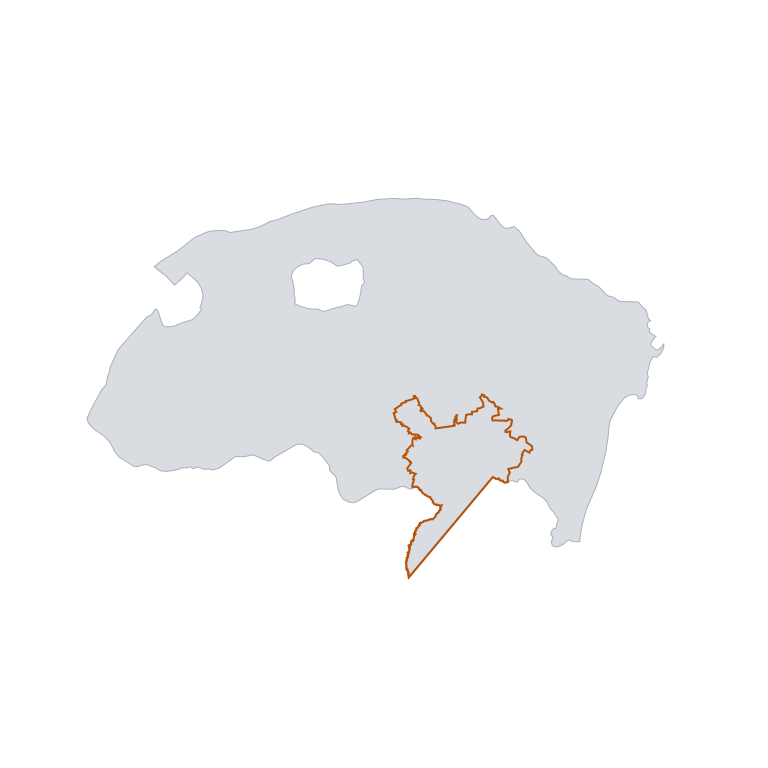 Z F Mgcawu, Northern Cape, South Africa shown in context, rotated 220°
{"feature_id": "47623444B49450251729649", "entity_name": "Z F Mgcawu", "entity_type": "district", "adm_level": 2, "iso_a3": "ZAF", "parent_name": "South Africa", "parent_adm1": "Northern Cape", "projection": "robinson", "projection_center": [20.762, -27.405], "detail": "fine", "context": "in_parent", "style": "outline", "palette": "amber", "viewbox_px": 768, "rotation_deg": 220, "n_neighbors": 0, "source": "geoboundaries", "source_scale": "gbopen_adm2", "svg_char_len": 9757}
<svg xmlns="http://www.w3.org/2000/svg" viewBox="0 0 768 768"><g transform="rotate(220 384 384)"><path d="M522.9,160.2L539.5,157.8L546.9,159.1L555.7,163.0L564.0,164.3L578.1,163.0L583.0,163.6L586.8,164.9L589.6,166.9L593.4,182.1L596.6,198.4L596.4,203.6L596.9,205.6L600.8,212.5L602.2,216.8L604.4,220.3L609.3,237.6L609.8,240.6L608.8,282.6L606.7,287.6L607.4,294.2L605.0,295.1L591.2,286.7L588.8,287.0L584.8,290.1L581.0,295.0L579.2,299.2L571.9,310.5L571.3,317.7L571.7,323.8L574.0,324.1L575.6,328.5L579.3,335.5L585.6,340.1L591.5,342.1L599.9,342.6L606.5,342.5L606.2,337.7L608.0,325.0L619.0,326.6L635.3,326.1L633.9,334.4L627.6,353.3L623.2,374.5L618.1,385.2L615.2,389.6L607.2,397.4L603.0,400.0L599.5,400.9L585.6,416.6L580.4,424.3L575.7,435.4L571.1,441.5L564.2,454.4L552.3,473.6L542.4,486.2L538.0,489.9L535.1,491.5L527.3,498.9L516.3,510.6L507.8,521.0L495.3,532.9L488.1,538.0L477.2,548.2L474.3,549.7L462.1,559.2L453.4,564.9L439.4,571.6L433.8,573.5L420.7,571.8L415.2,572.7L410.5,576.7L410.0,582.5L408.1,583.4L396.0,580.7L391.0,581.1L388.1,584.2L385.7,588.1L378.8,588.3L366.5,584.3L352.0,581.8L348.6,581.6L341.6,584.6L339.1,585.0L328.9,584.3L323.2,582.5L317.7,582.4L313.6,584.0L308.5,584.6L294.8,595.4L287.8,595.4L281.7,596.7L271.0,595.2L267.7,595.9L264.5,597.8L257.2,598.7L254.4,600.3L242.0,610.2L236.9,609.2L230.5,609.1L223.2,603.8L220.5,604.1L221.2,602.5L221.4,599.7L218.8,596.8L216.0,597.0L214.4,594.6L210.1,594.4L206.5,595.1L205.7,586.0L204.0,585.0L199.6,584.9L197.5,585.2L196.5,586.0L195.4,588.1L195.4,594.5L193.9,592.7L192.1,588.8L191.5,584.7L192.1,579.9L195.4,578.1L194.4,572.0L189.2,561.4L186.0,559.1L183.5,553.7L181.0,551.7L180.0,548.0L177.5,544.9L176.7,540.1L178.0,537.4L180.1,535.9L182.2,538.2L184.9,537.3L188.6,533.8L190.8,528.6L190.9,520.1L190.3,514.9L187.2,501.3L185.7,498.2L178.9,488.4L170.9,475.4L160.7,454.8L155.7,442.5L148.2,417.6L141.7,403.4L133.7,390.3L132.7,389.4L133.9,387.8L138.1,384.8L140.0,384.0L141.0,384.3L142.0,383.5L143.0,381.4L143.6,376.8L145.6,371.9L147.3,369.8L151.1,368.4L153.9,370.3L155.1,372.1L155.6,374.4L156.9,375.6L158.9,375.5L160.4,377.0L161.2,380.0L161.1,382.1L159.9,383.5L160.1,385.3L161.6,387.5L163.2,392.3L170.9,394.8L175.2,395.1L179.3,396.4L183.2,398.5L189.5,399.0L198.3,397.9L205.6,398.4L211.3,400.5L215.4,400.9L218.0,399.6L219.1,397.7L218.7,395.2L220.0,393.6L222.9,392.9L225.2,391.0L226.9,387.9L230.9,385.4L237.2,383.4L240.3,383.5L240.1,251.9L251.3,261.0L254.0,265.2L259.5,277.5L265.1,292.7L266.0,300.0L265.8,301.6L260.0,311.6L259.8,316.5L260.5,322.3L261.8,325.2L263.5,326.1L267.5,324.7L273.6,326.2L285.4,325.5L291.2,326.3L292.7,325.8L294.0,324.6L295.6,321.1L297.0,320.0L302.4,318.5L304.9,316.5L308.8,309.6L320.4,300.5L321.8,298.3L329.2,276.3L331.4,273.2L334.7,271.1L341.1,269.5L344.9,270.4L349.0,272.3L353.5,275.5L360.3,281.4L362.7,282.3L369.5,282.6L373.7,286.5L386.5,289.2L390.2,289.1L394.2,286.9L400.8,287.0L407.9,285.5L412.3,281.6L420.8,257.6L421.7,252.3L422.7,250.9L429.4,248.2L437.6,246.1L439.3,245.0L444.5,238.3L451.3,232.8L456.1,213.6L459.2,209.0L461.1,207.1L462.3,207.1L464.1,205.9L466.3,203.5L469.0,202.1L472.0,201.5L474.1,200.0L475.0,197.4L476.6,196.1L478.8,196.2L480.1,195.4L480.5,193.7L485.5,189.5L485.7,187.9L488.6,183.8L494.3,177.4L499.6,173.8L504.6,173.1L513.8,169.8L517.2,166.7L519.3,162.5L522.9,160.2ZM503.0,443.5L511.2,440.3L517.2,436.0L518.7,428.2L523.4,423.4L525.2,418.9L526.6,412.8L524.0,406.3L520.3,404.4L513.6,398.9L510.7,395.1L506.6,391.9L503.8,388.1L499.1,389.4L491.7,392.4L487.1,395.2L483.3,398.6L476.4,401.0L469.9,411.6L467.8,413.9L462.7,421.7L455.4,425.5L455.2,426.9L457.5,433.2L460.8,439.5L464.2,444.6L463.9,447.8L465.1,450.2L468.2,451.9L473.3,458.3L475.9,460.4L483.9,461.9L485.1,461.5L487.3,457.7L487.7,455.0L493.2,446.7L495.6,444.2L503.0,443.5Z" fill="#d9dde1" stroke="#a8b0b8" stroke-width="1"/><path d="M350.2,363.0L349.4,363.7L346.0,365.7L345.2,364.3L343.5,365.2L343.1,363.8L341.7,365.0L340.6,365.4L339.2,365.7L335.9,366.0L335.5,363.3L334.2,363.1L333.8,363.4L333.2,362.2L332.2,363.7L331.3,363.6L330.4,363.3L328.3,364.7L327.2,365.7L325.5,366.8L324.8,366.9L322.5,366.8L321.6,366.9L321.8,366.2L321.5,365.2L324.1,364.8L323.8,363.6L326.0,363.4L324.5,362.0L325.7,361.8L327.0,361.3L326.4,359.9L325.4,358.4L323.4,356.1L322.6,355.4L323.4,355.4L323.7,353.4L324.0,347.9L322.4,347.7L322.5,345.5L322.8,344.0L321.7,344.0L322.0,342.8L322.6,342.4L322.7,341.6L323.0,341.1L321.9,340.0L321.0,340.9L318.5,341.4L316.6,341.5L314.1,341.5L314.2,341.0L312.4,340.9L312.0,334.3L309.7,333.0L309.0,334.2L308.4,334.9L308.0,334.6L307.7,334.0L306.6,332.6L305.8,334.2L303.8,335.0L302.9,335.0L302.0,335.5L302.0,332.4L301.6,332.2L300.6,329.7L299.5,330.0L298.1,326.5L296.9,324.3L296.2,323.4L295.7,323.3L295.4,323.8L295.3,324.4L295.1,324.5L294.8,324.8L294.0,325.4L292.9,326.5L292.7,326.6L292.2,326.3L291.7,326.7L290.6,326.8L289.6,325.8L289.0,325.8L288.6,326.2L288.0,325.9L287.5,326.6L286.7,326.2L286.3,325.8L285.6,325.8L284.9,325.3L283.8,325.2L282.9,325.5L281.6,325.3L281.1,325.8L280.6,326.1L280.3,326.1L279.7,325.7L278.9,326.0L278.2,325.9L277.3,326.3L276.8,326.8L276.2,326.8L275.5,327.0L275.0,326.5L273.8,326.1L273.3,326.2L272.7,326.0L271.8,326.0L271.0,325.3L270.6,324.6L270.3,324.6L269.8,324.9L268.7,324.3L267.9,324.3L266.7,325.0L265.9,325.1L265.8,325.9L264.9,325.9L264.5,326.5L264.2,326.7L263.1,326.7L262.7,326.9L262.5,327.1L262.2,327.9L261.8,328.2L261.5,326.5L261.8,326.1L261.7,325.8L260.6,325.4L260.5,325.2L260.7,324.7L260.3,324.2L259.9,323.9L260.3,323.5L260.3,323.2L260.0,322.6L260.2,321.7L259.8,321.3L259.6,320.3L259.7,320.0L260.3,319.5L260.1,318.7L260.2,317.8L260.2,316.9L260.1,316.6L259.5,315.8L259.5,314.9L259.3,314.2L259.5,313.6L259.7,311.6L260.0,311.3L260.7,311.2L261.5,310.0L262.0,310.0L262.2,309.4L262.2,308.9L262.6,308.3L262.9,307.7L263.6,307.1L264.1,306.0L265.0,305.4L265.1,305.0L265.5,304.5L265.5,303.9L265.8,303.4L265.8,302.6L265.9,302.3L266.1,301.9L266.7,301.5L267.3,300.5L267.1,300.2L266.6,300.2L266.0,299.5L265.9,299.3L266.5,298.9L266.6,298.6L266.1,298.3L265.9,297.8L266.3,297.4L266.4,297.0L266.3,296.5L265.8,295.9L266.2,295.3L266.3,294.7L266.5,294.4L266.6,294.2L265.4,292.9L265.3,292.1L265.7,291.8L265.7,291.1L265.4,290.8L264.9,290.7L264.7,290.3L265.0,289.8L264.9,289.3L265.0,288.9L265.0,288.7L264.8,288.6L264.5,288.7L263.9,289.5L263.4,289.4L263.6,288.7L264.2,288.2L264.2,287.9L263.9,287.6L263.2,287.6L263.2,286.7L262.8,285.7L262.5,285.3L261.6,284.6L261.5,284.0L261.8,283.3L261.9,282.7L261.4,282.5L261.1,282.8L260.8,282.8L260.8,282.4L261.2,281.6L262.0,281.5L262.2,281.2L261.3,279.6L260.6,279.0L260.2,278.9L260.1,278.7L260.1,278.3L260.5,277.8L260.2,277.1L260.3,276.9L261.2,276.7L261.4,276.5L261.5,276.2L261.2,275.9L260.5,276.5L259.9,276.5L259.7,275.9L260.2,275.4L260.1,275.2L259.9,275.0L259.4,275.3L259.2,275.2L259.3,274.4L259.2,274.1L258.9,273.9L258.5,274.1L258.1,274.1L258.0,273.9L257.3,272.3L257.6,271.7L257.5,271.4L257.3,271.3L256.8,271.6L256.5,271.3L256.6,270.9L257.4,270.4L257.5,270.2L257.0,270.2L256.7,269.8L256.1,269.7L255.7,269.0L256.1,268.1L255.7,267.9L255.2,268.1L255.0,267.9L254.9,267.5L254.4,267.1L254.4,266.9L254.5,266.7L254.9,266.5L255.1,266.2L255.1,265.6L254.8,265.3L254.4,265.6L254.0,265.5L253.9,265.2L254.0,264.8L253.7,264.5L253.9,264.1L253.6,263.7L253.3,263.6L253.5,263.1L253.4,262.9L252.8,262.7L252.4,262.1L252.6,261.7L252.5,261.2L251.7,260.8L251.4,260.3L250.8,260.1L250.5,259.5L249.8,259.2L249.5,258.8L249.5,258.3L249.1,258.1L248.9,257.4L248.7,257.2L247.9,256.8L247.5,257.1L247.0,256.2L246.8,256.3L246.5,256.7L246.3,256.8L245.6,255.8L245.3,255.6L244.4,255.8L244.2,255.6L244.1,255.0L243.4,254.6L243.5,254.0L242.7,253.8L242.7,253.3L241.9,253.1L241.6,252.4L240.7,251.6L240.9,382.6L240.1,382.6L238.3,383.3L237.5,383.1L237.2,383.2L236.8,383.7L236.3,383.8L236.0,384.2L236.1,384.5L235.6,385.3L235.2,385.5L234.2,385.3L233.6,384.8L233.0,384.7L232.3,385.1L231.7,385.8L231.0,386.0L230.8,386.3L229.5,385.6L228.6,386.0L228.3,386.3L227.7,386.2L227.1,386.8L227.1,387.1L227.0,387.9L226.8,388.3L226.0,388.7L229.3,392.0L230.8,397.0L234.2,398.7L231.2,402.8L228.1,406.5L228.8,412.8L230.5,414.6L232.0,417.5L231.9,418.3L233.1,418.5L233.9,422.4L233.8,423.9L228.4,424.9L229.2,427.5L228.1,429.1L230.6,431.5L237.4,430.9L239.4,432.9L240.9,434.1L241.1,434.1L242.4,434.0L244.2,432.8L246.3,430.5L245.8,426.5L249.3,426.1L252.7,424.7L254.3,425.2L256.8,428.9L259.1,425.8L260.0,425.3L261.1,426.1L260.3,430.0L260.0,434.0L262.5,438.4L263.1,438.6L263.9,438.3L266.0,437.2L265.4,436.8L266.3,434.7L267.0,433.8L268.3,433.6L270.2,431.6L274.8,428.1L277.3,425.9L278.4,426.6L279.7,427.7L279.6,429.5L276.1,434.3L278.8,436.4L280.6,438.2L278.7,440.3L282.6,439.5L284.3,438.4L286.8,440.0L288.8,440.5L289.3,439.3L290.0,439.4L292.5,438.7L296.6,439.9L299.1,438.6L299.8,439.8L302.2,439.1L301.6,437.3L302.0,435.4L299.5,434.6L296.0,433.3L293.3,430.8L295.0,427.0L296.6,425.4L295.2,423.0L298.7,419.2L297.1,417.3L299.1,415.8L301.2,413.1L298.7,409.0L296.9,406.6L300.6,403.7L301.6,401.2L304.5,401.3L305.4,403.5L307.3,405.3L308.0,407.0L308.4,406.6L308.0,405.9L308.3,404.9L307.9,404.6L307.7,404.2L307.0,403.8L306.7,403.2L306.8,403.0L307.3,402.5L307.3,402.2L306.7,401.4L306.2,400.0L305.2,399.5L304.8,399.1L304.5,398.6L304.3,397.6L303.7,397.5L303.3,397.8L303.1,397.4L315.9,383.2L317.9,385.1L319.6,385.2L319.9,385.7L320.2,385.3L322.2,385.3L324.1,385.9L325.2,386.7L326.1,388.0L328.6,388.1L329.8,388.0L331.2,387.4L332.2,388.1L332.8,388.1L335.3,388.8L336.3,388.7L337.9,387.7L338.2,386.9L339.1,387.3L338.7,388.8L338.5,389.9L339.4,390.1L340.1,389.3L341.2,390.6L343.1,390.5L343.9,390.1L344.8,392.2L346.9,392.9L348.8,394.1L351.6,394.4L352.7,394.8L353.4,393.7L351.3,392.7L352.5,390.5L353.2,389.4L355.3,386.2L356.5,384.9L355.7,384.2L357.6,381.3L358.1,379.8L357.2,379.3L358.3,376.6L358.7,374.5L359.6,371.8L356.6,370.3L357.9,367.9L351.9,364.1L351.7,364.5L350.9,364.0L350.7,364.1L350.5,363.4L350.2,363.0Z" fill="none" stroke="#b45309" stroke-width="2"/></g></svg>